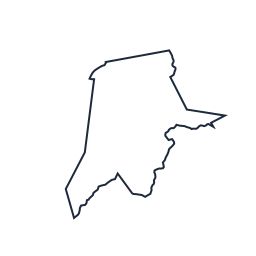 Jempol, Negeri Sembilan, Malaysia, rotated 241°
{"feature_id": "92858781B63970994898514", "entity_name": "Jempol", "entity_type": "district", "adm_level": 2, "iso_a3": "MYS", "parent_name": "Malaysia", "parent_adm1": "Negeri Sembilan", "projection": "robinson", "projection_center": [102.399, 2.869], "detail": "fine", "context": "isolated", "style": "outline", "palette": "slate", "viewbox_px": 256, "rotation_deg": 241, "n_neighbors": 0, "source": "geoboundaries", "source_scale": "gbopen_adm2", "svg_char_len": 1655}
<svg xmlns="http://www.w3.org/2000/svg" viewBox="0 0 256 256"><g transform="rotate(241 128 128)"><path d="M75.5,37.2L76.4,42.3L77.2,43.7L79.6,46.0L81.2,47.0L82.9,49.3L82.2,51.5L81.5,53.2L82.4,55.2L84.8,57.1L84.4,58.7L85.3,60.5L86.3,64.7L88.1,66.5L88.8,71.6L91.0,73.9L90.5,77.0L89.4,80.7L90.0,83.8L90.5,88.7L89.6,91.8L93.2,96.9L68.8,100.0L67.6,100.8L66.2,103.1L64.3,105.5L62.7,107.6L59.5,109.6L59.6,112.9L59.6,115.6L62.1,118.4L64.5,119.5L66.0,121.5L66.6,123.4L67.7,124.5L69.2,125.0L70.3,126.2L71.0,127.5L72.6,128.7L74.8,129.4L76.3,129.5L77.9,130.5L78.0,132.0L77.7,134.2L77.4,135.8L76.5,137.2L75.9,139.2L76.4,140.3L77.8,140.8L78.0,141.0L80.9,141.8L82.1,144.7L83.8,146.6L86.2,150.2L88.0,152.3L89.3,153.3L89.8,154.2L90.3,156.2L90.7,157.8L91.3,159.5L91.9,160.8L93.5,161.5L96.9,161.2L97.8,157.7L103.0,156.9L104.3,157.5L105.5,158.7L105.4,160.2L105.8,161.9L106.6,163.0L106.9,164.3L106.9,165.8L106.3,166.8L105.8,167.8L106.0,169.1L106.7,171.0L107.3,171.9L106.0,173.3L105.2,174.1L103.6,176.4L102.2,178.4L100.3,179.9L98.9,181.3L97.7,182.5L96.3,183.0L95.6,185.2L94.3,187.1L94.3,188.7L95.0,191.0L95.1,192.8L93.9,194.4L92.7,195.5L92.4,197.7L92.9,199.2L92.4,200.4L91.3,201.0L87.7,203.2L92.3,203.2L91.9,218.8L115.6,188.4L152.1,189.7L152.3,193.3L153.0,194.5L154.7,196.0L155.7,197.3L156.6,198.2L157.9,198.7L159.8,197.5L161.1,197.2L162.4,197.8L163.3,199.2L164.1,200.1L165.6,200.8L166.9,200.7L168.7,201.2L169.9,201.6L172.4,201.7L175.9,201.6L196.5,140.5L195.7,140.3L194.4,137.8L194.9,135.4L194.9,132.6L194.7,129.0L194.4,126.5L193.6,124.1L192.0,121.4L189.8,118.3L188.5,119.5L187.1,122.0L127.6,78.4L104.8,44.0L75.5,37.2Z" fill="none" stroke="#1e293b" stroke-width="2"/></g></svg>